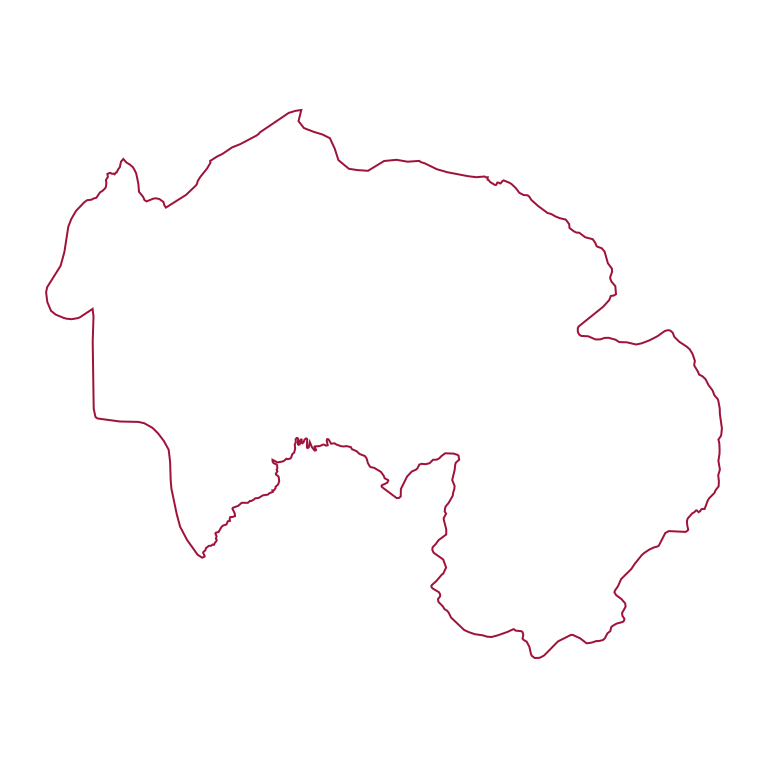 the district of Paksxong, Champasak, Laos
{"feature_id": "54806243B99884801714166", "entity_name": "Paksxong", "entity_type": "district", "adm_level": 2, "iso_a3": "LAO", "parent_name": "Laos", "parent_adm1": "Champasak", "projection": "orthographic", "projection_center": [106.383, 15.076], "detail": "fine", "context": "isolated", "style": "outline", "palette": "rose", "viewbox_px": 768, "rotation_deg": 0, "n_neighbors": 0, "source": "geoboundaries", "source_scale": "gbopen_adm2", "svg_char_len": 6099}
<svg xmlns="http://www.w3.org/2000/svg" viewBox="0 0 768 768"><path d="M92.7,341.3L93.7,408.7L95.4,416.7L96.3,417.7L97.7,418.5L119.9,421.5L138.3,421.9L144.2,423.2L152.5,427.9L158.0,433.3L163.8,440.9L168.7,449.8L170.1,461.9L170.7,480.5L171.4,488.6L176.7,514.0L180.1,526.7L187.1,540.0L197.6,554.7L202.2,557.7L204.6,556.6L204.6,555.8L203.1,552.8L203.5,551.8L205.4,550.3L205.9,548.2L208.8,545.9L211.2,545.7L212.7,544.5L214.0,544.8L214.9,542.8L216.5,541.0L216.7,539.9L215.9,538.7L216.6,536.3L215.4,533.7L215.8,532.7L218.6,532.0L221.5,526.9L223.2,525.5L226.4,524.5L227.8,521.3L229.9,520.9L229.7,518.5L230.2,517.1L232.4,517.0L235.0,516.1L234.8,513.6L232.4,508.6L233.0,507.7L238.1,505.9L241.7,502.8L247.9,502.8L250.0,500.9L251.2,501.0L253.5,499.8L255.2,498.3L258.5,498.0L263.0,495.3L267.9,494.6L269.3,493.3L272.8,491.9L272.4,490.4L273.9,490.4L275.6,488.0L275.5,486.9L278.1,484.5L279.2,481.1L278.7,477.1L278.0,476.0L276.2,474.8L275.8,473.7L277.4,471.3L276.6,469.9L277.3,468.5L277.2,465.4L276.5,464.4L273.6,463.2L272.6,461.6L272.5,459.8L277.5,462.4L282.7,461.5L284.6,460.4L286.4,458.7L287.7,459.2L290.2,458.6L291.1,457.7L292.3,454.2L294.2,452.5L295.2,448.2L294.7,444.7L295.8,442.3L295.6,439.3L296.7,438.0L297.5,438.1L298.1,438.9L297.9,443.3L298.0,444.5L298.6,444.8L299.8,444.3L299.7,441.5L300.7,439.5L301.6,439.5L301.8,443.0L302.4,443.3L303.6,442.2L304.4,439.9L306.0,438.4L306.7,438.6L307.2,439.2L306.9,447.2L307.4,448.0L308.7,447.5L309.8,442.1L311.9,447.1L314.5,450.5L315.6,450.5L316.1,449.9L314.5,446.8L314.8,446.4L319.6,446.1L322.8,444.7L324.0,444.6L326.2,445.7L327.7,445.2L326.7,440.4L327.1,439.2L327.8,439.1L328.6,439.5L331.1,443.7L334.5,443.3L336.6,444.6L341.1,446.2L343.8,446.5L346.5,446.1L350.8,447.1L352.0,449.2L356.6,451.2L359.6,454.0L364.8,456.0L366.5,458.2L367.9,463.1L369.8,466.4L370.7,467.1L374.1,467.8L380.8,471.8L383.5,475.4L384.7,478.3L388.0,480.0L388.3,480.7L387.2,482.8L381.8,485.3L381.5,486.2L382.0,487.1L396.7,498.1L398.9,498.0L400.7,496.5L400.9,488.9L407.1,476.5L411.8,471.5L415.9,469.7L417.4,468.4L419.3,464.6L421.6,463.8L425.6,464.2L429.6,463.2L433.0,459.8L436.9,459.6L439.4,458.2L441.5,456.0L445.2,453.3L453.7,453.6L457.6,454.9L458.5,455.6L459.2,459.7L455.9,462.6L455.3,464.3L454.6,470.2L452.2,480.0L454.6,485.9L454.3,489.1L453.0,493.2L452.8,495.6L448.5,503.1L445.8,506.2L445.1,508.1L444.7,511.5L446.1,513.7L443.7,518.0L443.8,519.7L446.3,529.7L446.2,534.5L438.6,540.1L435.7,544.1L432.6,547.3L432.3,549.8L433.6,552.7L443.2,559.5L446.1,567.5L443.2,573.7L441.8,574.6L436.2,581.2L431.9,585.0L431.4,585.7L431.5,587.1L432.7,588.5L438.9,592.2L439.9,593.8L440.2,595.3L439.9,596.6L438.0,599.1L438.3,601.5L438.9,602.4L442.9,606.4L444.5,609.1L447.2,610.8L448.7,612.7L451.1,617.6L464.2,630.0L468.7,632.1L474.9,634.2L482.6,635.3L487.3,636.7L491.5,637.0L497.9,635.3L507.5,631.9L513.1,629.3L513.9,629.2L515.6,630.6L521.4,631.2L522.5,632.1L523.3,634.8L522.5,638.7L523.9,640.1L526.7,641.7L529.4,646.9L531.0,654.1L531.9,655.9L534.7,658.0L539.7,657.8L544.1,655.5L558.0,641.4L570.7,635.0L572.7,634.9L580.1,638.3L586.6,643.3L591.3,642.7L596.1,641.1L599.0,641.0L602.8,640.1L604.8,638.4L607.4,633.4L610.3,631.1L611.2,627.3L612.1,626.2L616.6,623.6L622.6,622.0L623.7,621.2L624.5,619.0L622.5,616.0L622.0,613.1L625.6,606.7L625.2,603.4L621.5,599.1L616.1,595.1L614.4,592.3L614.9,590.7L618.1,586.0L621.1,579.1L631.3,569.0L634.9,563.6L641.7,555.2L644.0,553.1L649.1,549.7L654.0,547.4L657.8,546.4L658.9,545.5L665.3,533.0L668.8,531.1L685.6,531.9L687.6,530.6L688.2,529.6L687.3,525.7L686.9,521.0L687.7,518.5L692.1,513.5L694.3,512.2L696.1,510.4L696.8,510.4L698.6,512.2L700.1,511.2L701.3,509.4L702.3,508.9L704.6,509.0L707.8,500.4L709.3,498.1L714.3,493.1L715.6,490.2L718.6,486.4L718.9,481.3L718.2,475.3L719.9,469.6L718.4,460.8L719.5,453.9L719.6,449.6L719.3,443.2L718.4,439.5L720.6,436.5L721.3,434.7L721.9,428.3L719.9,414.2L719.7,408.3L718.3,400.7L717.7,399.1L714.4,395.3L712.6,390.5L708.6,385.2L705.6,379.3L702.5,376.3L699.0,374.5L698.0,371.8L694.4,365.8L694.2,364.6L694.9,360.9L692.5,353.8L689.7,349.3L686.8,346.7L679.2,341.7L674.2,336.7L672.8,332.8L670.6,330.8L668.3,330.1L665.0,330.9L657.3,336.3L649.6,340.3L641.7,343.3L636.2,344.5L626.7,342.3L619.3,342.1L615.5,339.7L608.5,337.8L604.7,337.9L600.1,339.4L595.4,339.4L588.3,336.3L581.2,335.9L579.2,334.5L578.3,333.0L577.8,331.4L577.8,328.1L578.6,326.5L603.1,306.8L609.2,300.1L610.8,296.0L613.8,295.5L616.0,294.2L615.3,286.1L611.5,281.7L610.3,278.8L610.2,277.1L612.1,271.8L611.9,268.6L607.9,263.3L604.6,251.6L601.7,248.2L597.3,246.7L596.5,245.9L595.1,242.6L592.7,239.2L585.1,237.2L579.2,232.7L576.6,232.6L574.0,231.4L569.5,228.0L569.2,224.2L565.8,219.6L559.8,218.2L555.4,216.4L551.2,214.0L547.6,213.0L538.1,206.0L531.3,199.9L529.4,196.8L527.6,195.3L523.5,195.0L519.2,192.7L516.1,188.4L511.5,184.0L509.1,182.6L503.6,180.4L502.2,181.3L500.8,183.2L500.3,183.5L498.2,182.5L497.3,182.6L496.3,184.8L494.8,184.9L490.1,182.0L488.9,180.3L487.6,179.7L487.7,177.2L486.3,177.5L484.5,176.5L476.3,177.2L468.1,176.2L447.2,172.2L436.8,169.2L424.7,163.3L420.8,162.1L419.3,160.9L407.6,161.7L396.5,159.8L384.1,161.0L368.0,170.8L357.5,170.1L348.9,168.8L338.4,160.1L334.8,148.8L329.9,138.2L322.5,134.5L313.9,131.9L304.0,128.1L298.5,121.2L301.3,110.0L295.7,110.8L288.7,112.9L259.7,132.5L258.9,133.8L256.4,135.6L240.1,144.2L232.1,147.4L222.3,154.0L217.1,156.5L210.1,161.0L210.5,162.6L209.9,163.7L207.0,168.6L200.5,176.6L197.8,180.9L196.9,184.1L195.9,185.5L186.0,194.9L165.9,207.6L164.4,205.4L163.4,201.9L159.3,199.0L155.8,198.3L153.4,198.6L146.6,201.4L144.5,200.1L143.2,197.0L139.0,191.8L138.4,184.3L137.2,178.0L136.1,173.2L134.9,170.7L133.0,167.3L129.9,164.6L126.4,162.5L123.3,159.0L121.0,161.7L119.8,167.3L118.2,169.3L116.6,172.5L115.8,172.6L114.6,174.3L113.7,173.7L111.9,173.8L110.1,172.8L107.4,173.9L107.9,177.0L105.9,180.0L106.4,182.9L105.9,186.9L105.1,188.3L102.7,190.7L100.1,192.3L96.3,197.8L93.6,198.5L91.5,199.7L87.1,200.2L84.1,202.4L76.0,210.9L71.3,219.0L68.3,226.7L64.4,251.9L60.6,265.8L47.1,287.3L46.1,292.4L47.3,302.0L51.0,310.8L55.7,314.6L63.4,317.8L66.5,318.7L71.6,319.2L77.9,318.1L79.9,317.3L92.6,308.9L93.5,316.8L92.7,341.3Z" fill="none" stroke="#9f1239" stroke-width="2"/></svg>